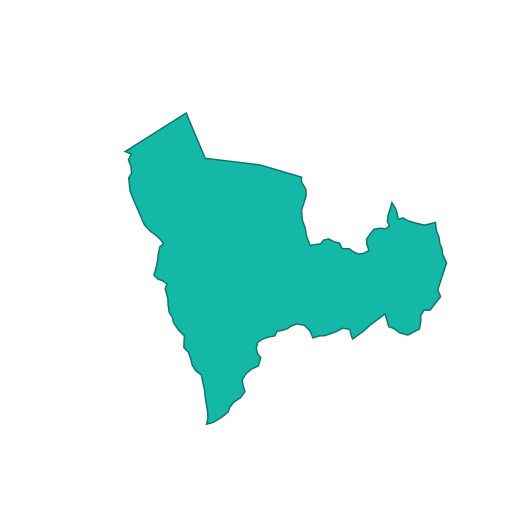 the district of Nova Ibiá, Bahia, Brazil, rotated 316°
{"feature_id": "56859067B97752874047652", "entity_name": "Nova Ibiá", "entity_type": "district", "adm_level": 2, "iso_a3": "BRA", "parent_name": "Brazil", "parent_adm1": "Bahia", "projection": "mercator", "projection_center": [-39.584, -13.819], "detail": "fine", "context": "isolated", "style": "filled", "palette": "teal", "viewbox_px": 512, "rotation_deg": 316, "n_neighbors": 0, "source": "geoboundaries", "source_scale": "gbopen_adm2", "svg_char_len": 1967}
<svg xmlns="http://www.w3.org/2000/svg" viewBox="0 0 512 512"><g transform="rotate(316 256 256)"><path d="M305.1,104.6L281.3,99.7L234.5,90.0L237.2,95.9L231.0,98.2L228.4,104.6L223.9,110.1L218.7,111.4L210.6,121.7L207.6,128.8L197.4,156.0L197.2,164.5L198.3,171.2L198.8,177.9L197.9,183.0L193.2,182.6L187.3,186.6L181.4,191.4L174.5,196.0L169.3,198.8L169.3,204.4L171.6,208.6L172.6,214.3L168.1,216.3L165.3,221.3L163.0,225.5L159.1,229.8L154.5,236.0L153.2,242.1L150.5,246.4L148.8,255.3L149.0,263.7L144.9,267.5L140.5,271.8L140.5,278.5L137.7,284.5L134.3,290.2L132.9,296.6L134.0,303.6L129.5,310.8L125.7,317.0L121.7,321.9L118.2,326.8L113.9,333.2L108.9,339.2L103.6,342.6L108.9,345.6L115.9,347.5L122.0,348.5L127.7,348.7L132.0,346.6L138.7,345.7L146.3,347.2L153.8,345.9L156.6,340.5L159.8,335.6L166.8,333.7L174.0,334.2L181.4,336.7L188.9,332.4L189.2,327.3L192.1,322.7L197.1,319.3L203.4,320.4L209.2,323.2L214.0,326.5L218.9,324.8L223.4,327.8L227.7,329.9L232.7,330.9L238.2,333.2L242.8,339.7L242.7,347.9L240.0,354.5L245.8,357.3L250.3,361.2L255.8,363.7L261.0,366.0L268.4,368.3L272.5,373.8L269.8,378.5L267.8,382.8L281.3,384.8L289.5,384.9L308.6,387.4L305.1,394.0L302.4,399.0L304.7,403.7L305.8,410.7L310.3,418.4L322.9,422.0L329.5,417.2L333.0,413.3L339.2,411.7L343.7,415.9L349.0,415.1L354.0,414.3L360.5,413.6L363.2,406.6L388.3,393.4L391.4,384.6L395.1,379.4L396.8,374.8L400.5,369.9L403.4,363.0L408.4,356.5L403.9,354.0L398.6,350.8L394.8,344.9L390.0,336.9L388.2,330.7L383.9,328.3L387.4,323.0L389.5,318.4L390.8,312.1L378.8,318.8L374.5,322.4L372.8,327.0L368.2,326.5L364.7,322.4L359.7,318.8L353.8,319.4L347.5,320.7L344.0,324.3L341.0,330.6L334.7,328.6L330.9,325.5L328.9,320.6L328.2,315.7L323.1,310.6L325.0,304.6L322.1,300.0L320.1,294.2L315.6,291.5L310.9,292.2L307.1,289.2L302.4,286.3L303.9,281.9L306.4,276.4L310.6,270.5L314.4,262.2L320.7,254.6L327.1,251.2L333.7,247.6L338.2,242.7L340.2,234.2L343.5,230.9L322.0,193.1L287.3,150.4L305.1,104.6Z" fill="#14b8a6" stroke="#0f766e" stroke-width="1.5"/></g></svg>